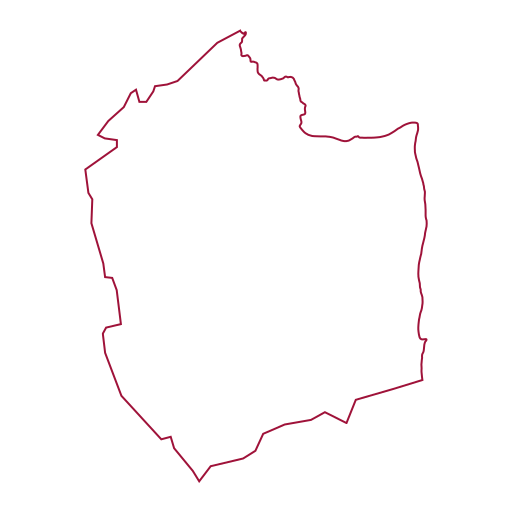 the district of Gavar, Gegharkunik, Armenia
{"feature_id": "60910142B38789049969589", "entity_name": "Gavar", "entity_type": "district", "adm_level": 2, "iso_a3": "ARM", "parent_name": "Armenia", "parent_adm1": "Gegharkunik", "projection": "mercator", "projection_center": [45.138, 40.338], "detail": "fine", "context": "isolated", "style": "outline", "palette": "rose", "viewbox_px": 512, "rotation_deg": 0, "n_neighbors": 0, "source": "geoboundaries", "source_scale": "gbopen_adm2", "svg_char_len": 5927}
<svg xmlns="http://www.w3.org/2000/svg" viewBox="0 0 512 512"><path d="M91.4,223.2L103.3,263.5L105.1,277.1L112.2,277.9L116.7,290.1L120.0,316.7L120.9,324.1L106.1,327.6L102.9,333.5L102.9,333.9L103.0,335.1L104.6,348.5L105.1,352.8L121.4,395.8L161.3,439.3L170.7,436.8L174.1,448.2L192.8,470.9L199.2,481.3L210.7,466.2L243.1,458.5L255.4,450.8L263.2,433.8L284.7,424.5L311.0,419.9L324.9,412.2L346.4,423.0L346.5,423.0L355.8,399.8L392.8,389.1L422.4,380.0L422.0,376.9L421.5,371.8L421.5,370.3L421.6,368.3L421.5,366.3L421.4,364.5L421.6,362.4L421.8,360.0L422.1,357.8L422.0,356.0L422.1,355.3L422.2,354.4L422.5,353.7L423.2,352.4L423.6,351.2L423.8,350.0L424.2,346.0L424.3,344.8L424.6,343.5L424.9,342.5L425.2,341.8L425.6,341.2L426.0,340.8L426.3,340.3L426.5,339.8L426.4,339.4L426.2,339.2L425.8,339.1L424.7,339.2L422.9,339.4L422.1,339.4L421.3,339.2L420.8,338.9L420.3,338.5L419.8,337.7L419.5,337.0L418.9,334.4L418.5,331.6L418.3,329.4L418.3,327.2L418.5,324.2L419.0,319.7L419.2,318.7L419.5,317.4L419.7,316.2L420.2,313.6L420.4,313.0L420.9,311.5L421.3,310.5L421.8,308.5L422.0,307.3L422.3,304.9L422.5,303.8L422.6,301.9L422.5,299.4L422.4,297.2L422.1,296.1L421.8,295.0L421.1,293.1L420.9,292.3L420.7,291.4L420.7,289.8L420.6,289.2L420.2,288.0L420.0,287.2L419.9,285.7L419.8,283.7L419.7,283.0L419.0,280.1L418.8,278.9L418.6,277.8L418.4,276.4L418.4,275.3L418.3,274.0L418.4,271.1L418.8,264.8L419.0,263.6L419.2,262.3L419.7,260.1L420.3,257.3L420.8,255.3L421.2,253.9L421.4,252.3L421.6,250.8L421.8,249.1L421.9,248.5L422.4,245.7L423.1,243.0L424.3,238.2L424.7,236.2L424.9,235.0L425.0,233.8L425.1,233.0L425.5,231.1L425.8,229.8L426.1,228.3L426.5,226.6L426.6,225.3L426.7,223.7L426.6,221.2L426.5,220.2L426.2,219.4L425.9,218.1L425.7,216.9L425.6,215.5L425.6,213.0L425.6,210.0L425.4,205.9L425.3,204.2L424.9,201.6L424.7,200.4L424.6,199.1L424.6,197.8L424.7,196.8L424.9,193.1L424.9,191.7L424.4,189.7L424.2,189.1L424.1,188.2L424.0,187.3L423.9,186.2L423.4,184.4L423.3,183.6L423.1,182.6L422.8,181.7L422.0,178.8L421.1,176.4L420.6,174.8L420.2,173.4L419.9,172.1L419.1,168.5L418.6,166.4L418.3,165.2L418.1,164.3L417.5,161.8L416.6,159.3L416.2,158.0L415.9,156.6L415.6,155.3L415.3,154.0L415.0,152.5L414.9,151.6L414.9,150.5L414.8,148.8L414.8,148.0L414.8,146.6L414.9,145.4L415.2,143.0L415.6,141.1L416.0,137.7L416.2,136.7L416.6,135.1L417.2,133.3L417.8,131.0L418.0,130.2L418.1,129.3L418.1,128.1L418.1,127.3L417.9,125.6L417.9,124.9L417.8,124.2L417.7,123.8L417.5,123.5L417.0,123.1L416.4,122.9L415.7,122.7L414.3,122.6L413.6,122.6L412.4,122.6L411.2,122.7L409.1,123.2L407.6,123.7L406.2,124.2L404.8,124.8L403.4,125.5L402.4,126.1L400.9,127.1L400.1,127.6L397.9,128.7L395.7,130.3L394.6,131.1L391.7,132.9L388.7,134.6L387.3,135.1L386.2,135.5L384.7,136.0L381.7,136.7L379.8,137.1L376.9,137.4L374.6,137.6L372.3,137.7L363.9,137.8L362.6,137.7L360.5,137.7L359.8,137.6L359.3,137.4L358.9,137.1L358.0,136.2L357.7,136.2L357.5,136.3L357.0,136.6L356.5,136.7L355.6,136.7L355.2,136.7L354.7,136.9L354.0,137.3L352.6,138.4L350.9,139.4L350.2,139.8L349.4,140.3L348.4,140.7L347.4,140.9L346.4,141.1L345.3,141.1L344.1,141.1L343.0,140.9L342.1,140.7L341.2,140.5L340.3,140.1L336.0,138.6L333.3,137.6L332.0,137.3L329.5,136.8L328.2,136.7L325.7,136.4L320.6,136.4L314.6,136.2L313.3,136.1L312.2,136.0L311.5,135.8L309.2,135.1L308.2,134.8L307.5,134.3L306.5,133.8L305.4,133.1L304.5,132.4L303.5,131.4L302.7,130.5L301.9,129.6L300.4,127.7L300.1,127.3L299.9,126.8L299.7,126.3L299.8,125.8L300.0,125.4L301.2,123.5L301.3,123.2L301.4,122.8L301.4,121.7L301.3,121.2L301.0,120.1L300.6,118.6L300.4,117.3L300.4,116.7L300.4,116.2L300.7,115.7L300.9,115.5L301.3,115.2L301.8,115.0L303.9,114.5L304.4,114.3L304.7,114.1L305.1,113.7L305.2,113.0L305.3,112.5L305.1,110.9L304.9,109.5L304.9,108.2L305.0,107.7L305.1,107.1L305.3,106.6L305.5,106.1L305.6,105.7L305.5,105.3L305.3,104.8L305.1,104.5L304.3,103.9L303.3,103.4L302.4,102.5L301.9,102.2L301.6,102.1L301.2,101.8L300.9,101.5L300.6,101.0L300.4,100.3L300.2,98.8L299.6,96.9L299.3,95.2L299.0,94.0L298.8,92.5L298.6,91.8L298.5,91.2L298.5,90.6L298.5,90.1L298.6,89.5L298.7,88.9L298.5,87.9L298.2,87.2L297.9,86.6L297.1,85.8L296.7,85.2L296.3,84.7L295.8,83.8L295.1,81.6L294.7,80.9L294.4,80.3L293.8,78.8L293.2,78.2L292.8,77.7L292.0,77.3L291.4,77.1L290.6,76.9L289.8,77.0L289.2,77.0L288.7,77.1L288.2,77.3L287.8,77.3L286.8,76.8L286.5,76.7L286.1,76.6L285.6,76.6L285.0,76.8L284.5,77.2L283.6,78.0L283.1,78.4L280.8,79.2L279.3,79.5L278.4,79.6L277.6,79.5L277.0,79.3L276.0,78.7L275.5,78.3L274.9,78.0L274.3,77.8L273.5,77.7L272.8,77.6L272.2,77.7L271.0,78.0L270.1,78.2L269.2,78.3L268.7,78.5L268.2,78.9L268.0,79.2L267.8,79.6L267.5,80.0L267.2,80.3L266.8,80.5L266.3,80.6L264.7,80.5L264.3,80.5L264.1,80.3L263.9,79.8L263.8,79.4L263.6,78.8L263.3,78.2L262.9,77.6L262.1,76.6L261.7,76.0L260.5,75.1L259.8,74.6L259.1,74.1L258.7,73.6L258.2,73.0L257.9,72.5L257.7,71.7L257.6,71.0L257.5,68.8L257.6,67.8L257.6,65.0L257.4,63.8L257.2,63.4L256.9,63.1L256.0,62.5L255.3,62.3L254.6,62.1L254.0,61.8L253.4,61.7L252.9,61.6L252.3,61.7L251.3,61.8L251.0,61.7L250.7,61.5L250.5,60.5L250.4,59.0L250.1,58.1L249.7,57.5L248.4,55.9L247.9,55.4L247.2,55.2L246.7,55.3L245.5,55.8L243.3,56.1L242.7,56.1L242.2,56.0L241.8,55.7L241.5,55.3L241.3,54.9L241.4,54.3L241.5,53.6L241.4,52.3L241.2,51.6L241.1,50.9L241.0,50.3L240.9,49.5L240.5,48.0L239.9,46.2L239.8,45.6L239.7,45.1L239.8,44.7L239.9,44.3L240.2,43.8L240.7,43.2L241.7,42.3L241.9,41.9L242.1,40.8L242.1,40.2L242.1,39.2L242.1,38.8L242.3,38.3L243.2,37.3L244.4,36.0L245.0,35.4L245.3,34.9L245.6,34.5L245.7,34.0L245.9,32.9L245.8,32.6L245.7,32.3L245.5,32.2L245.3,32.2L245.1,32.4L244.5,33.4L244.2,33.7L244.0,33.8L243.7,33.8L243.4,33.7L243.2,33.6L243.2,33.3L243.0,33.2L242.7,33.0L242.1,32.9L241.9,32.8L241.7,32.6L241.6,32.4L241.2,32.0L240.4,31.3L240.2,31.1L240.1,30.7L217.3,42.8L177.5,81.0L167.1,84.5L155.0,86.2L153.3,91.4L146.3,101.9L139.4,101.9L136.0,89.7L130.8,93.2L123.8,107.1L108.3,121.0L97.9,134.9L104.8,138.4L116.9,140.1L116.9,147.1L85.3,169.5L88.4,192.9L92.3,199.3L91.4,223.2Z" fill="none" stroke="#9f1239" stroke-width="2"/></svg>